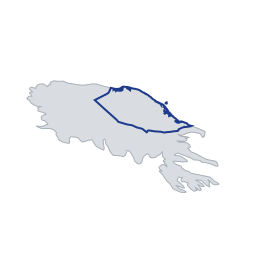 location of Suðurland within Iceland, rotated 204°
{"feature_id": "ISL-705", "entity_name": "Suðurland", "entity_type": "Region", "adm_level": 1, "iso_a3": "ISL", "parent_name": "Iceland", "parent_adm1": "", "projection": "natural_earth1", "projection_center": [-19.582, 64.139], "detail": "fine", "context": "in_parent", "style": "outline", "palette": "blue", "viewbox_px": 256, "rotation_deg": 204, "n_neighbors": 0, "source": "natural_earth", "source_scale": "10m", "svg_char_len": 7538}
<svg xmlns="http://www.w3.org/2000/svg" viewBox="0 0 256 256"><g transform="rotate(204 128 128)"><path d="M194.6,96.1L196.8,96.1L200.3,95.3L205.5,92.8L207.7,92.3L212.7,92.3L206.6,94.7L204.5,97.3L202.8,98.6L202.9,99.2L207.2,100.8L209.2,100.3L210.1,100.5L211.0,101.2L211.6,102.7L211.3,104.3L210.1,105.9L208.4,107.2L208.7,107.6L210.0,107.8L217.1,107.0L217.9,109.0L218.6,109.6L218.4,110.3L215.7,112.3L218.9,111.0L221.6,110.7L226.0,111.3L227.9,112.1L229.0,113.4L231.2,113.0L232.3,113.7L232.4,114.5L231.4,116.7L228.8,117.9L230.5,119.4L231.8,119.5L232.1,119.8L232.0,120.8L229.9,121.9L233.4,123.2L233.8,123.6L233.7,125.0L233.1,125.8L232.1,126.3L229.7,126.4L228.2,126.9L228.8,127.8L228.4,130.2L226.5,132.2L224.7,133.2L223.0,133.9L218.1,133.1L218.3,134.9L216.6,135.9L217.0,136.8L217.6,137.2L217.3,138.4L215.2,140.7L213.6,141.4L210.5,142.4L206.0,144.5L201.5,144.4L190.2,147.5L185.8,149.1L177.9,154.1L174.6,155.4L168.9,156.0L151.6,159.2L149.6,161.2L149.6,161.6L150.3,162.3L149.0,163.7L146.4,164.7L145.2,164.7L143.0,163.9L142.8,164.3L143.6,165.3L135.2,167.0L123.4,166.1L113.0,163.7L104.8,163.2L99.0,159.9L98.8,159.3L99.4,158.3L101.5,157.9L100.5,156.9L97.0,158.7L95.9,158.6L94.4,157.9L94.3,157.2L91.4,156.9L86.4,154.8L86.0,154.3L87.2,153.6L84.2,153.6L80.2,155.5L56.6,156.3L55.8,155.3L54.9,151.5L55.8,149.8L56.8,150.0L59.5,152.2L65.8,151.0L68.4,150.1L70.8,148.1L72.2,147.4L74.1,144.8L76.1,143.1L80.1,142.4L76.5,141.9L70.6,144.0L68.6,144.0L69.5,143.1L71.6,142.1L70.2,142.0L69.6,141.5L69.6,140.5L70.7,138.9L77.7,136.1L76.1,135.6L71.2,137.7L67.6,138.5L64.8,137.5L63.4,136.2L63.5,135.6L65.2,133.9L64.9,133.6L63.8,133.4L60.7,131.9L55.8,132.1L43.6,131.2L34.3,133.3L32.2,132.3L30.4,130.2L30.8,129.3L32.4,128.9L36.9,128.9L43.6,127.9L46.6,126.7L47.8,127.0L48.3,127.6L52.4,126.7L54.6,125.6L58.2,126.1L72.0,125.5L73.8,124.1L74.5,122.4L74.2,122.0L69.1,123.6L68.0,123.6L62.2,122.7L60.1,121.8L60.8,121.1L63.9,119.4L71.8,116.7L72.9,116.2L73.1,115.5L70.0,114.4L64.0,114.7L62.5,113.3L57.7,112.5L54.4,113.0L52.6,112.2L33.2,116.5L27.0,114.5L22.6,114.2L22.2,113.6L24.8,111.7L26.6,111.3L28.4,111.5L31.8,112.8L34.2,113.3L31.3,111.3L31.2,109.4L30.3,109.0L29.4,107.7L29.8,107.3L33.3,107.6L38.9,109.7L41.7,109.3L45.3,108.0L37.3,107.2L34.8,105.5L36.6,104.6L40.8,104.7L36.2,101.8L36.0,101.3L36.8,100.0L42.6,101.1L39.6,99.4L39.5,99.0L40.4,98.7L40.9,97.6L42.4,97.2L45.3,97.6L49.8,99.6L50.5,100.2L50.6,102.2L52.4,101.9L54.6,102.1L56.4,100.8L57.6,101.1L58.5,102.3L58.3,105.0L59.6,104.1L61.7,104.0L62.1,101.8L61.7,100.0L54.8,97.9L52.1,96.4L52.4,95.9L53.8,95.5L61.1,95.1L58.0,94.2L57.2,93.3L51.7,93.7L48.9,93.3L48.9,92.9L50.0,92.2L53.4,90.8L59.7,90.7L62.3,91.0L67.1,94.1L71.0,95.3L77.5,99.5L81.7,101.1L81.9,101.5L81.2,102.0L79.6,102.5L82.1,103.3L83.6,104.3L83.7,104.8L82.2,108.2L80.7,109.3L76.8,108.6L77.7,109.7L80.4,110.8L81.1,111.5L80.6,112.1L82.0,111.9L82.4,112.3L81.8,114.2L81.1,114.9L83.4,115.3L85.0,116.2L86.9,120.1L87.9,117.1L88.5,116.0L89.5,115.6L90.6,112.6L93.2,110.8L95.7,110.1L98.2,112.2L100.0,112.4L101.9,108.7L102.2,106.0L101.6,103.0L101.9,100.9L103.2,99.6L104.8,99.2L108.3,100.5L111.2,103.5L115.6,106.7L118.7,107.5L119.2,107.4L119.7,106.4L119.3,102.1L120.7,99.9L124.3,99.3L129.8,97.2L131.0,97.2L133.7,98.4L138.6,102.6L142.0,104.6L143.9,107.8L144.7,108.4L145.4,107.4L145.5,106.0L141.3,99.4L141.2,98.5L141.6,97.8L149.1,98.2L150.8,98.9L156.0,102.6L158.6,101.1L163.6,96.7L165.3,96.8L169.7,98.6L171.4,98.5L176.5,96.9L177.5,94.8L175.3,90.6L176.2,89.8L180.8,88.7L185.9,88.9L191.2,92.8L191.4,94.6L194.6,96.1Z" fill="#d9dde1" stroke="#a8b0b8" stroke-width="1"/><path d="M160.0,157.7L158.4,158.0L156.6,158.3L156.8,158.1L156.9,157.9L156.9,157.6L156.8,157.3L156.6,157.7L156.4,157.9L156.1,158.0L155.8,157.8L155.9,158.0L156.0,158.2L156.0,158.4L153.4,159.4L153.6,158.9L154.1,158.5L154.8,158.4L155.3,158.4L155.3,158.2L154.0,157.8L153.5,157.5L153.4,157.8L153.5,158.0L153.0,158.4L152.6,158.3L152.1,158.2L151.5,158.2L151.9,158.4L151.9,158.5L151.4,158.5L151.2,158.6L150.7,158.6L150.3,158.8L150.0,159.0L149.9,159.3L149.8,159.8L149.6,160.1L149.2,160.2L148.9,159.9L148.6,160.2L148.5,160.4L148.6,160.6L148.9,160.6L149.2,160.6L149.6,160.3L149.9,160.3L151.4,160.4L152.0,160.3L151.1,161.2L150.6,161.5L150.1,161.3L150.2,161.2L149.4,161.2L149.4,161.4L148.9,161.4L148.6,161.5L148.8,161.5L149.0,161.6L149.0,162.0L150.5,162.0L150.8,161.8L150.3,162.7L149.6,163.5L148.7,164.1L146.7,164.6L145.4,165.2L144.2,165.3L143.5,164.8L143.8,164.6L144.3,164.5L144.5,164.4L144.8,164.1L145.0,164.0L145.7,163.9L145.1,163.8L144.0,163.9L143.5,163.9L142.2,163.5L141.8,163.4L141.9,163.6L141.7,163.6L141.6,163.8L141.8,163.9L142.2,164.4L142.4,164.4L142.6,164.6L142.7,165.0L142.7,165.3L142.8,165.5L143.6,165.5L144.1,165.5L144.4,165.5L140.2,165.9L137.8,166.6L133.6,167.3L132.6,167.2L128.8,166.6L127.2,166.8L126.7,166.7L126.9,166.7L127.0,166.7L126.4,166.5L126.0,166.3L125.7,166.2L125.3,166.5L122.7,166.2L122.4,166.1L121.4,165.7L119.8,165.5L117.5,164.6L114.3,164.1L113.7,163.8L114.0,163.7L113.8,163.4L113.6,163.4L113.3,163.5L113.0,163.6L111.1,163.4L111.2,163.5L113.2,163.8L108.0,163.6L107.6,163.2L107.6,163.3L107.4,163.4L107.2,163.3L107.1,163.2L107.2,163.6L105.7,163.6L105.0,163.5L102.0,162.0L101.7,161.8L102.0,162.0L102.3,162.0L102.6,162.0L102.9,161.8L102.7,161.8L102.2,161.7L102.1,161.3L102.1,161.2L101.8,161.5L101.4,161.6L101.1,161.5L100.6,161.3L100.6,161.2L101.3,161.3L101.1,160.9L100.7,160.7L100.3,160.5L100.0,160.3L99.7,159.9L99.5,159.5L99.3,159.4L98.8,159.4L98.8,159.6L99.4,160.1L99.8,160.6L100.1,161.0L98.8,160.3L98.2,159.8L97.8,159.2L98.1,159.1L98.0,158.9L97.7,158.5L98.3,158.2L98.9,158.0L100.2,157.8L100.8,158.0L101.9,158.7L102.6,158.7L102.2,158.5L101.7,158.0L101.5,157.8L100.0,157.3L100.6,156.7L100.6,156.1L100.4,156.0L100.2,156.1L100.3,156.3L100.3,156.5L100.0,156.7L99.2,157.3L98.6,157.7L98.3,157.9L97.8,158.0L97.6,158.1L97.6,158.4L97.6,158.6L97.6,158.9L97.4,159.1L96.4,158.9L95.6,158.5L94.9,158.3L93.5,157.7L94.8,157.7L95.0,157.7L95.5,158.0L95.8,158.0L95.9,157.9L96.1,157.8L96.8,157.8L96.8,157.7L96.2,157.7L96.3,157.5L96.5,157.5L96.5,157.3L95.1,157.5L94.6,157.5L94.6,157.3L95.3,156.8L95.5,156.1L95.2,155.4L94.5,155.3L95.0,155.5L95.0,155.9L94.6,156.3L93.9,156.9L93.4,157.1L92.9,157.2L92.3,157.0L92.5,157.4L92.6,157.5L91.8,157.0L90.0,156.3L87.5,155.8L86.7,155.4L86.2,155.3L85.8,155.1L85.4,154.7L85.5,154.5L85.4,154.3L85.2,153.7L86.8,153.7L87.6,153.6L88.2,153.3L86.7,153.3L85.8,153.0L85.4,153.0L84.4,153.1L84.2,153.2L84.0,153.4L83.4,153.8L83.2,153.9L83.2,154.0L84.2,154.3L84.7,154.5L84.9,154.9L84.5,154.8L83.7,154.7L82.7,154.8L82.2,154.9L81.9,155.1L82.1,155.6L81.9,155.7L81.8,155.8L76.1,156.2L75.4,155.9L74.7,155.5L74.1,155.3L73.5,155.2L70.8,155.8L71.2,155.3L71.5,155.0L76.3,152.0L77.1,152.0L77.2,151.9L77.3,151.5L77.5,151.3L77.9,151.0L78.4,150.6L79.2,149.7L80.9,147.8L81.1,147.6L81.3,147.2L81.0,146.6L81.0,146.4L81.0,146.2L81.3,145.7L81.6,145.4L86.2,142.8L87.6,141.7L90.6,140.2L92.8,138.7L93.3,138.5L96.5,137.9L102.6,135.7L107.9,134.3L108.4,134.0L108.7,133.8L108.8,133.7L108.9,133.3L108.9,133.0L108.9,132.6L108.9,132.3L109.2,131.7L114.2,133.0L114.7,133.0L115.2,133.0L120.3,132.1L125.2,132.2L130.7,130.8L139.4,129.7L141.2,130.7L143.1,131.3L148.7,133.1L158.6,136.3L169.7,140.0L160.8,151.0L160.1,152.5L160.0,153.0L160.0,157.4L160.0,157.7L160.0,157.7ZM103.5,166.0L103.7,166.4L103.5,166.7L103.3,166.9L103.1,167.1L102.9,166.8L102.8,166.6L102.6,166.3L102.7,166.0L103.1,165.9L103.5,165.9L103.5,166.0ZM152.8,159.1L153.0,159.3L153.0,159.5L152.9,159.8L152.6,160.0L152.6,159.9L152.7,159.7L152.3,159.6L151.4,159.8L151.5,159.6L152.1,159.2L152.4,159.1L152.6,159.1L152.8,159.1Z" fill="none" stroke="#1e3a8a" stroke-width="2"/></g></svg>